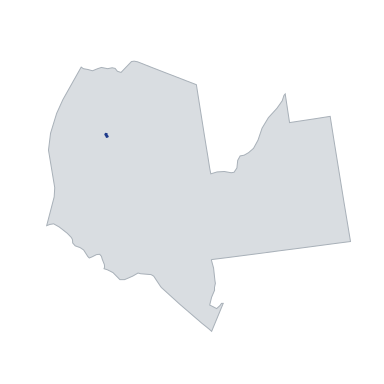 Santa Cruz La Laguna, Sololá, Guatemala (highlighted), rotated 81°
{"feature_id": "79465075B11038489211128", "entity_name": "Santa Cruz La Laguna", "entity_type": "district", "adm_level": 2, "iso_a3": "GTM", "parent_name": "Guatemala", "parent_adm1": "Sololá", "projection": "orthographic", "projection_center": [-91.223, 14.744], "detail": "fine", "context": "in_parent", "style": "filled", "palette": "blue", "viewbox_px": 384, "rotation_deg": 81, "n_neighbors": 0, "source": "geoboundaries", "source_scale": "gbopen_adm2", "svg_char_len": 1946}
<svg xmlns="http://www.w3.org/2000/svg" viewBox="0 0 384 384"><g transform="rotate(81 192 192)"><path d="M51.3,281.9L53.2,280.0L54.7,275.7L56.7,271.3L55.5,266.2L54.8,262.0L57.0,256.0L56.8,251.4L57.9,248.6L61.1,246.8L62.8,243.4L53.7,231.4L53.7,228.7L54.9,225.4L62.4,212.7L71.2,197.6L80.9,180.9L86.7,170.9L107.9,170.9L122.0,170.9L139.8,170.9L159.1,170.8L171.8,170.8L177.0,170.6L176.1,164.1L176.8,156.9L179.1,150.3L179.1,147.4L175.3,143.9L167.9,141.9L163.9,138.8L163.8,134.8L162.0,130.0L158.5,124.4L151.1,118.7L139.9,112.8L130.5,104.9L122.6,95.0L116.0,88.6L110.9,86.0L109.7,84.6L124.6,84.7L138.7,84.8L138.8,70.6L138.9,58.0L138.9,43.7L164.4,43.7L194.8,43.6L226.4,43.5L251.1,43.3L265.7,43.2L265.2,60.9L264.7,81.3L264.3,96.4L263.7,116.5L263.2,137.0L262.4,165.0L261.8,183.1L262.2,183.5L270.5,182.6L282.9,183.2L285.9,183.2L289.7,184.7L292.6,185.1L299.0,189.1L306.4,192.2L311.0,185.9L308.5,182.1L306.6,180.3L306.9,178.6L332.7,194.4L329.7,196.9L323.3,202.7L311.5,212.7L301.0,221.6L290.9,229.7L281.8,237.0L280.7,237.7L269.1,243.0L267.2,245.3L264.7,255.5L263.6,258.0L265.8,263.7L268.0,272.3L267.3,276.9L259.3,282.6L255.6,287.7L254.0,290.9L252.5,290.1L250.0,289.9L244.2,291.2L241.4,291.5L239.1,292.9L238.9,296.1L240.5,301.1L241.1,303.8L239.4,305.0L232.3,308.1L229.5,311.1L226.9,315.8L223.7,317.8L220.5,317.5L218.2,318.2L213.2,321.7L205.8,328.6L201.8,333.6L201.8,337.4L202.5,340.8L175.3,328.9L166.3,326.9L128.2,327.2L111.8,322.5L93.2,313.4L80.6,305.1L51.3,281.9Z" fill="#d9dde1" stroke="#a8b0b8" stroke-width="1"/><path d="M124.4,267.8L124.4,267.4L124.4,266.9L124.3,266.6L123.9,266.3L123.5,266.5L123.1,266.8L122.9,267.0L122.6,267.0L121.4,267.2L121.2,267.1L121.0,267.6L120.9,267.9L120.8,268.1L121.1,268.5L121.3,268.7L121.5,268.5L121.8,268.6L122.0,268.7L122.3,268.5L122.5,268.5L122.6,268.4L122.8,268.2L123.0,268.1L123.3,268.1L123.5,268.1L123.6,267.9L123.8,267.9L124.0,267.9L124.3,267.8L124.4,267.8Z" fill="#3b82f6" stroke="#1e3a8a" stroke-width="1.5"/></g></svg>